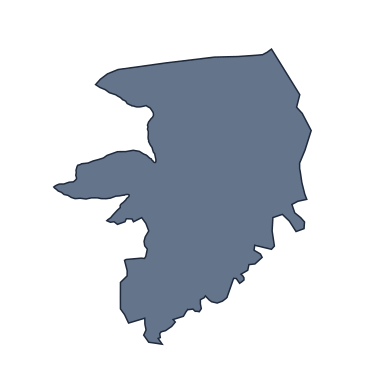 the district of Iwajowa, Oyo, Nigeria, rotated 74°
{"feature_id": "59680162B76564266679550", "entity_name": "Iwajowa", "entity_type": "district", "adm_level": 2, "iso_a3": "NGA", "parent_name": "Nigeria", "parent_adm1": "Oyo", "projection": "robinson", "projection_center": [3.013, 7.985], "detail": "fine", "context": "isolated", "style": "filled", "palette": "slate", "viewbox_px": 384, "rotation_deg": 74, "n_neighbors": 0, "source": "geoboundaries", "source_scale": "gbopen_adm2", "svg_char_len": 3132}
<svg xmlns="http://www.w3.org/2000/svg" viewBox="0 0 384 384"><g transform="rotate(74 192 192)"><path d="M330.1,262.6L323.4,264.9L323.2,262.6L319.3,262.1L317.9,260.2L318.0,255.6L315.5,248.4L312.4,243.9L309.4,245.3L309.1,234.5L305.7,231.0L303.7,228.4L304.1,228.0L304.8,223.4L307.6,221.8L308.1,220.0L309.1,218.0L306.7,215.2L301.9,214.8L297.8,213.6L297.0,209.5L295.6,207.8L300.4,205.3L302.9,203.4L305.7,198.4L305.3,192.8L304.4,190.5L303.7,188.7L302.8,187.2L301.7,186.6L300.4,185.6L286.5,175.8L287.0,174.4L287.4,173.3L292.9,171.4L292.1,169.0L290.9,166.3L288.8,165.7L286.9,166.2L284.5,167.6L282.6,160.0L277.5,157.3L278.5,151.3L274.2,142.6L270.5,143.3L265.1,148.4L260.5,146.4L269.0,131.4L266.7,127.7L251.5,125.7L238.9,121.3L238.4,111.3L246.9,106.4L258.7,102.9L258.1,94.4L251.8,92.1L246.6,94.6L240.3,99.0L231.5,99.4L230.1,92.8L230.7,83.7L225.1,84.2L213.3,83.8L202.0,82.3L199.3,82.1L193.9,80.6L183.0,71.9L165.8,60.5L146.8,64.4L139.3,68.1L128.2,61.6L76.5,76.2L78.4,81.3L79.5,86.5L79.4,86.8L79.3,87.0L78.4,91.9L74.4,110.7L72.5,117.9L68.5,133.4L60.8,181.0L53.9,229.3L55.1,240.6L58.3,248.9L62.2,255.1L66.2,251.6L69.7,247.2L73.7,244.1L77.6,238.4L79.5,236.8L81.4,234.8L84.2,233.2L85.4,231.7L86.5,230.7L89.1,229.9L90.1,228.8L91.0,227.8L91.8,226.7L92.7,226.0L92.8,225.5L93.4,224.2L94.1,223.3L95.0,221.6L95.8,218.9L96.1,216.4L96.2,214.8L96.3,212.2L97.4,211.4L98.3,210.5L99.5,209.2L101.6,208.4L104.2,207.6L105.6,207.4L107.9,208.0L109.3,209.4L110.5,211.5L111.5,212.7L112.8,214.5L114.3,215.5L115.4,216.4L117.3,216.3L119.2,217.5L121.6,217.3L125.0,218.3L127.2,219.1L129.0,219.5L130.5,219.4L131.6,219.8L133.6,219.4L135.4,219.1L138.3,218.1L140.5,218.2L143.1,218.1L144.9,217.3L148.2,217.6L151.1,217.8L153.0,218.4L153.5,219.1L153.3,219.9L152.4,220.8L151.1,221.1L150.2,221.9L149.0,222.0L147.9,223.3L146.6,224.1L145.0,225.0L143.7,226.0L142.2,228.0L138.4,231.4L135.7,237.0L134.9,244.5L132.7,252.5L133.4,263.6L134.9,267.8L135.0,273.1L134.9,278.6L135.5,283.8L134.8,288.0L134.4,290.3L134.8,291.9L134.8,294.5L135.9,295.5L139.1,297.5L141.7,298.0L143.8,299.1L145.6,299.1L146.8,299.1L147.8,299.7L148.5,300.9L149.2,302.3L149.5,303.6L148.7,307.4L149.0,313.1L147.8,317.3L148.0,319.6L148.4,321.7L149.1,323.5L150.4,322.9L151.7,321.9L154.2,320.3L156.3,317.6L159.1,315.7L161.0,312.2L163.9,309.6L166.2,306.2L167.2,301.2L169.5,295.8L169.9,290.2L171.6,284.4L173.3,281.2L174.8,276.3L175.4,272.1L175.0,266.4L175.7,263.0L176.1,258.9L176.4,258.0L176.2,257.0L176.2,256.1L176.4,255.5L176.6,254.6L177.0,253.7L177.6,253.2L177.7,253.3L178.2,253.5L179.0,254.0L179.4,254.7L179.9,255.9L180.4,256.8L181.3,257.7L183.2,261.2L183.8,263.0L185.0,264.7L187.2,265.3L189.0,268.9L192.6,274.8L194.3,277.2L195.4,280.5L196.1,281.8L198.6,278.8L199.1,275.1L202.6,272.6L202.1,264.6L199.6,262.5L201.4,257.1L204.5,256.5L202.8,247.4L209.4,245.0L217.5,244.3L222.2,249.3L226.2,251.7L229.9,252.2L230.7,252.3L234.6,250.7L241.2,254.2L242.8,256.0L241.6,259.0L238.7,273.9L239.1,275.7L249.8,276.0L254.8,277.5L259.2,285.7L273.0,289.7L284.6,293.0L291.3,290.6L300.5,289.1L300.3,272.2L306.0,273.7L311.9,274.2L316.3,277.9L324.5,275.0L327.0,269.4L330.1,262.6Z" fill="#64748b" stroke="#1e293b" stroke-width="1.5"/></g></svg>